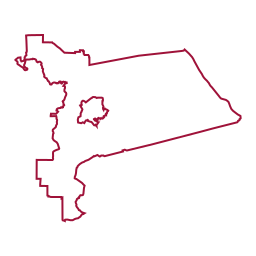 the district of Muaro Jambi, Jambi, Indonesia
{"feature_id": "22746128B29274337249674", "entity_name": "Muaro Jambi", "entity_type": "district", "adm_level": 2, "iso_a3": "IDN", "parent_name": "Indonesia", "parent_adm1": "Jambi", "projection": "mercator", "projection_center": [103.518, -1.705], "detail": "fine", "context": "isolated", "style": "outline", "palette": "rose", "viewbox_px": 256, "rotation_deg": 0, "n_neighbors": 0, "source": "geoboundaries", "source_scale": "gbopen_adm2", "svg_char_len": 5500}
<svg xmlns="http://www.w3.org/2000/svg" viewBox="0 0 256 256"><path d="M240.4,115.9L237.8,114.5L235.3,112.6L233.0,110.8L231.3,108.9L230.1,106.2L229.2,103.6L228.4,101.8L227.1,100.7L225.9,99.9L221.2,98.6L220.0,97.5L218.8,95.9L211.9,87.3L210.6,86.0L209.7,84.7L208.9,83.1L208.1,82.2L206.9,80.7L205.3,79.2L203.8,77.5L202.5,75.4L202.1,74.4L199.1,69.9L194.4,61.3L193.4,59.2L192.1,57.1L188.9,53.5L184.6,49.5L183.8,50.6L181.5,51.0L138.8,55.7L89.4,65.0L89.4,57.7L89.1,57.6L89.1,56.3L88.3,55.0L84.5,55.0L84.1,54.1L83.7,53.8L83.9,51.3L83.0,51.3L83.0,50.3L79.9,50.2L79.9,51.9L75.1,51.9L75.1,53.1L64.4,52.7L61.5,50.0L60.0,48.5L57.3,46.6L54.0,43.7L52.8,43.1L52.0,42.5L52.0,42.4L42.9,42.3L43.0,35.0L28.5,35.2L26.1,35.5L26.4,40.5L26.8,51.1L26.6,52.1L26.1,52.5L26.4,55.3L25.3,56.1L25.2,56.7L24.6,57.3L24.6,59.5L23.4,60.9L21.4,61.4L20.7,60.2L20.5,57.4L18.0,57.7L17.6,58.1L15.4,59.8L15.4,60.0L17.4,61.6L17.6,62.7L17.4,63.4L17.4,63.7L17.7,64.2L19.2,65.1L20.8,66.3L23.0,67.6L24.1,69.4L24.8,70.1L25.7,70.2L27.2,69.6L27.3,69.3L27.4,68.8L27.1,68.3L26.0,68.0L25.0,67.1L24.3,66.2L24.1,65.6L24.1,65.0L24.9,63.3L25.7,59.8L26.1,59.5L29.2,59.5L31.4,59.1L32.5,59.2L32.9,58.7L33.9,59.0L34.7,59.0L35.2,59.4L35.8,59.6L36.3,60.4L36.6,61.6L37.6,62.3L37.9,62.3L38.4,61.9L39.6,61.7L40.0,61.7L40.5,62.0L41.4,63.0L41.6,63.3L41.6,63.9L41.0,64.8L42.0,66.2L42.2,67.2L42.1,67.6L42.1,68.1L43.1,69.0L42.8,71.2L43.5,73.2L43.8,73.6L43.9,74.3L44.2,74.7L44.4,75.2L44.4,75.5L44.2,76.0L44.2,76.7L44.3,76.9L45.6,77.9L46.8,78.4L46.9,79.0L47.6,80.1L47.8,80.7L47.9,80.9L48.6,81.2L49.6,82.8L50.1,84.3L51.0,84.6L51.6,84.4L52.0,83.6L52.5,83.1L53.5,82.6L54.7,82.5L55.4,82.7L56.0,83.1L56.4,83.3L57.4,83.3L57.4,83.0L58.2,83.1L58.9,82.4L59.2,82.0L59.2,81.7L59.7,81.5L59.9,81.5L59.9,81.8L60.0,82.0L60.1,81.7L60.4,81.7L60.4,82.1L60.8,82.4L60.9,82.8L61.0,82.8L61.2,82.5L61.8,82.4L61.8,82.8L62.0,83.3L62.3,83.0L62.4,82.6L62.3,82.0L63.4,81.7L63.7,81.7L64.5,82.1L64.9,82.0L65.0,82.5L65.4,82.3L66.0,82.4L66.6,82.4L66.7,83.1L65.5,83.4L64.7,84.1L63.5,85.9L64.5,86.0L64.9,86.4L65.0,88.0L64.5,89.2L64.4,91.1L65.1,92.0L66.0,92.7L66.3,93.7L66.2,94.9L65.1,97.2L64.4,99.5L63.9,100.2L63.7,100.6L63.0,100.9L62.7,101.3L63.0,101.7L63.0,102.2L63.5,103.2L63.4,104.1L64.1,104.8L64.2,105.1L63.8,105.5L63.5,106.0L62.8,106.4L63.0,106.9L63.0,107.3L62.0,107.7L61.0,107.3L60.3,108.0L59.0,108.1L57.6,108.5L56.8,109.2L56.7,109.4L57.0,110.0L56.6,110.6L57.1,110.8L58.1,111.7L56.1,113.8L51.0,113.7L50.7,115.5L50.7,116.2L56.2,116.1L56.5,117.2L56.5,118.9L57.0,119.5L57.1,120.0L57.1,120.6L56.8,122.0L57.0,123.0L56.9,124.2L56.5,124.7L56.2,125.4L55.9,126.1L56.0,126.3L55.7,127.2L52.9,129.6L52.7,131.0L53.4,132.3L53.5,133.4L53.2,133.6L53.0,134.6L52.6,138.3L53.6,140.1L54.3,140.7L56.7,142.3L57.7,143.8L59.2,148.5L59.0,149.0L58.7,149.2L56.3,150.0L54.2,151.0L53.3,151.7L53.1,152.2L53.0,153.2L53.1,156.1L52.9,157.4L53.1,158.9L52.9,159.5L52.5,160.0L36.7,159.9L36.6,178.8L40.6,178.8L40.2,184.0L40.2,185.9L47.4,186.0L47.4,195.5L48.4,195.8L48.4,196.5L49.5,196.5L50.3,196.9L51.7,197.0L61.4,197.0L61.5,198.4L62.4,197.8L62.5,219.6L62.7,220.3L63.9,220.6L64.8,221.0L64.8,220.3L64.9,220.0L65.2,219.7L66.1,219.6L67.6,219.6L70.4,220.2L72.6,220.2L73.7,219.7L74.4,219.2L76.0,218.6L78.2,218.2L79.5,217.1L80.3,216.7L81.4,215.0L82.0,214.4L83.5,214.0L84.0,213.5L84.5,213.2L82.4,212.5L80.8,211.5L79.9,210.3L78.9,210.1L78.2,208.7L76.9,207.1L76.2,205.8L76.5,204.9L76.3,204.1L75.9,203.2L75.6,201.9L76.6,200.3L76.9,199.1L77.7,198.5L78.6,198.3L79.1,198.0L79.4,196.6L79.6,196.5L79.4,196.5L80.4,195.2L81.8,195.3L82.9,195.0L83.4,193.8L84.0,187.8L84.6,185.6L83.6,184.7L82.1,183.0L76.4,179.0L75.3,178.7L74.7,178.3L74.8,176.9L75.6,175.0L76.0,173.0L76.3,169.6L76.7,167.8L77.3,167.4L77.6,166.3L78.3,165.5L79.9,164.0L82.2,162.5L84.0,161.9L85.2,161.0L88.5,159.8L92.3,157.3L93.8,156.1L94.1,156.4L94.6,156.1L95.0,156.1L97.4,155.0L99.7,156.5L100.4,156.3L101.2,155.5L103.5,155.5L104.2,156.1L104.9,156.1L123.0,151.5L122.6,150.4L124.8,149.7L125.9,150.2L126.9,150.5L149.1,145.1L149.3,145.1L200.4,131.8L213.1,128.4L237.2,122.3L237.7,121.8L238.1,120.8L239.0,120.5L239.3,119.9L239.7,119.7L239.6,119.1L240.6,118.4L240.6,117.3L240.4,115.9ZM93.6,97.0L95.5,97.2L96.7,98.0L97.6,97.7L101.9,97.7L102.7,98.1L103.0,100.0L102.7,101.2L102.4,101.2L102.4,104.4L103.1,105.7L103.5,106.9L103.3,107.4L103.0,107.7L103.1,109.0L103.5,109.7L103.6,109.2L104.0,109.3L104.1,109.1L104.9,108.6L105.4,109.2L106.0,109.3L107.5,110.0L107.9,110.6L108.2,110.7L108.1,111.0L107.3,111.7L107.0,112.5L106.9,113.2L106.6,113.1L106.5,113.3L106.2,113.5L106.1,113.8L105.9,113.9L106.1,115.4L105.5,115.4L105.2,115.3L104.8,115.8L103.8,116.1L103.8,116.5L104.1,117.2L103.6,117.7L103.1,117.6L102.9,118.4L102.6,118.6L101.6,118.6L100.9,118.3L100.7,118.5L100.7,118.3L100.3,118.5L100.2,118.5L100.1,118.3L98.7,118.4L98.5,117.9L98.4,117.9L97.8,118.5L97.8,119.4L97.6,120.1L95.1,118.5L94.6,118.7L93.9,119.1L93.9,119.3L94.3,119.6L94.8,120.4L95.6,120.2L96.0,120.4L95.9,120.9L96.6,121.4L97.5,121.6L97.7,122.2L97.7,122.4L98.4,122.4L96.4,125.3L96.5,126.0L95.6,124.9L95.2,125.4L94.1,125.2L91.9,122.4L91.3,121.9L90.5,121.8L87.9,120.9L87.9,120.1L87.7,119.9L87.0,120.4L86.2,120.3L85.3,121.3L84.3,123.1L82.8,122.3L81.2,123.2L78.1,122.5L77.8,119.7L78.4,117.3L80.5,116.3L80.5,115.7L80.7,115.0L80.6,113.6L81.1,112.4L81.5,111.9L81.5,111.5L81.6,111.1L82.0,110.7L82.4,109.3L80.1,105.4L80.3,105.3L80.9,105.5L81.3,105.5L81.7,105.1L81.8,104.9L81.5,104.0L81.4,103.0L81.5,102.4L81.9,101.5L82.6,100.8L83.6,100.8L84.7,101.4L85.8,102.4L91.0,98.3L91.7,98.1L92.5,97.2L93.6,97.0Z" fill="none" stroke="#9f1239" stroke-width="2"/></svg>